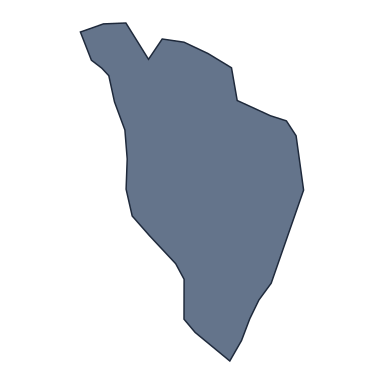 SVG path tracing the border of Namutumba, rotated 180°
{"feature_id": "UGA-3073", "entity_name": "Namutumba", "entity_type": "County", "adm_level": 1, "iso_a3": "UGA", "parent_name": "Uganda", "parent_adm1": "", "projection": "robinson", "projection_center": [33.694, 0.883], "detail": "fine", "context": "isolated", "style": "filled", "palette": "slate", "viewbox_px": 384, "rotation_deg": 180, "n_neighbors": 0, "source": "natural_earth", "source_scale": "10m", "svg_char_len": 546}
<svg xmlns="http://www.w3.org/2000/svg" viewBox="0 0 384 384"><g transform="rotate(180 192 192)"><path d="M152.5,316.2L146.8,283.5L113.7,268.3L97.6,263.1L87.9,248.2L80.4,193.9L112.8,100.8L125.1,84.0L134.2,65.3L142.5,43.4L154.2,23.0L188.8,51.5L200.0,64.8L199.9,104.7L208.3,120.3L234.5,148.3L251.8,168.0L257.9,194.8L256.8,225.0L259.1,254.0L269.5,282.1L275.2,308.3L282.3,315.9L292.6,323.8L303.6,352.0L280.6,360.1L258.1,361.0L235.5,324.7L221.8,345.0L200.0,341.8L175.7,330.3L152.5,316.2Z" fill="#64748b" stroke="#1e293b" stroke-width="1.5"/></g></svg>